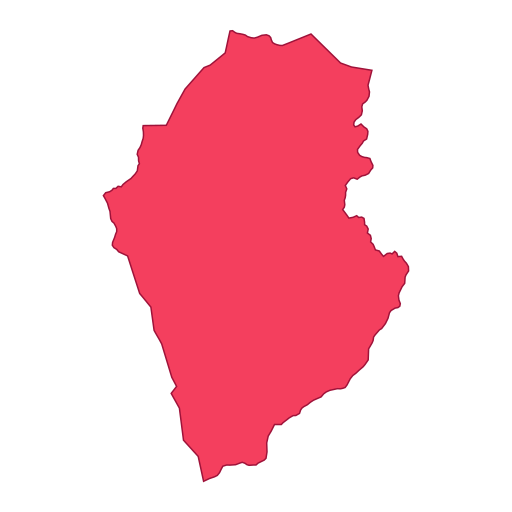 Alto Longá, Piauí, Brazil (Robinson projection)
{"feature_id": "56859067B34833436466805", "entity_name": "Alto Longá", "entity_type": "district", "adm_level": 2, "iso_a3": "BRA", "parent_name": "Brazil", "parent_adm1": "Piauí", "projection": "robinson", "projection_center": [-42.12, -5.395], "detail": "fine", "context": "isolated", "style": "filled", "palette": "rose", "viewbox_px": 512, "rotation_deg": 0, "n_neighbors": 0, "source": "geoboundaries", "source_scale": "gbopen_adm2", "svg_char_len": 3286}
<svg xmlns="http://www.w3.org/2000/svg" viewBox="0 0 512 512"><path d="M371.9,70.3L351.5,67.0L340.5,63.0L311.0,34.0L288.5,43.1L282.4,45.5L279.8,45.4L276.9,44.7L274.5,43.8L272.5,42.5L271.3,39.8L270.7,37.6L269.1,35.8L266.4,34.8L261.9,35.3L257.4,37.2L254.2,38.1L251.1,37.7L247.5,36.6L245.4,35.1L243.1,34.4L240.2,33.8L236.7,33.3L234.6,32.2L232.6,30.7L230.0,31.0L228.5,37.7L226.4,47.5L225.2,52.9L210.2,65.1L204.0,67.6L185.1,89.0L177.0,103.6L173.7,110.4L166.3,125.3L143.2,125.6L142.8,128.1L143.4,131.9L143.5,135.5L143.2,138.3L142.1,141.6L141.3,144.6L140.0,147.5L138.1,150.3L137.2,154.3L138.5,157.2L138.6,160.9L139.4,163.7L138.0,165.7L137.3,170.9L135.1,174.1L132.8,176.5L131.0,178.5L126.2,181.8L123.0,184.5L121.3,186.8L118.1,186.3L115.9,188.4L113.4,188.4L112.0,190.2L109.7,191.7L105.7,192.7L103.4,195.6L105.0,198.4L107.5,203.2L108.9,208.3L110.0,211.4L110.4,215.5L110.7,218.6L112.0,221.4L114.0,223.1L115.8,226.4L116.7,228.7L116.7,231.6L115.6,234.2L114.6,237.5L112.6,242.4L112.3,245.2L113.9,247.6L116.7,249.4L118.7,251.8L127.6,255.9L129.5,261.8L132.6,271.5L139.7,293.5L142.4,296.7L150.9,307.1L153.6,326.8L154.1,330.4L155.5,332.9L159.6,340.0L161.7,343.9L171.8,377.3L176.6,386.4L171.2,393.4L179.4,408.1L183.0,436.2L183.5,440.2L198.2,456.4L203.6,481.3L209.5,478.5L214.5,476.8L217.3,475.4L219.5,472.7L221.1,469.4L222.8,466.2L226.7,465.0L229.8,465.1L235.6,464.7L239.8,463.1L242.2,462.3L244.8,463.2L247.0,464.7L249.1,465.3L253.3,465.0L256.0,465.0L258.1,463.1L264.2,460.1L266.0,458.3L267.0,451.9L266.7,442.9L268.2,436.1L271.2,431.1L274.5,424.5L281.3,424.5L283.0,422.7L289.3,417.8L293.1,415.6L295.8,415.5L299.5,413.4L300.6,410.0L301.9,408.1L303.7,406.7L307.4,404.7L310.3,402.3L313.5,400.2L316.9,398.7L321.1,396.9L323.7,393.8L326.3,391.9L329.9,390.3L333.6,389.5L337.2,388.7L340.4,388.8L342.8,388.3L345.1,387.5L347.0,385.0L350.2,378.8L352.8,375.5L355.8,373.3L359.2,370.1L363.2,366.7L365.1,364.4L368.2,359.9L368.6,348.9L372.1,342.9L373.1,340.5L373.6,337.0L375.1,334.9L379.5,329.8L381.6,328.6L385.4,323.6L388.0,318.3L389.5,312.7L391.1,310.5L395.1,308.1L397.9,307.6L399.8,306.2L400.3,303.6L398.9,299.9L398.4,295.7L399.1,292.9L402.1,286.7L404.7,283.3L404.9,280.3L405.1,277.1L406.0,274.9L408.6,270.9L408.4,266.6L406.4,263.2L404.4,261.0L403.0,258.9L401.6,256.3L397.9,256.6L396.8,253.2L394.7,251.4L392.1,253.9L390.1,253.1L387.2,253.5L383.5,256.4L381.5,254.1L379.3,251.0L375.4,249.9L374.1,246.5L373.1,244.3L370.6,241.9L371.2,238.6L370.4,235.3L367.4,233.0L368.2,229.0L366.7,226.1L364.6,224.7L364.6,222.4L364.0,218.4L361.7,217.1L358.7,217.5L356.7,215.7L353.1,217.3L348.9,218.1L346.9,215.2L344.9,212.5L342.7,209.6L344.3,207.2L344.8,204.8L344.3,200.3L345.2,197.7L345.6,195.3L345.6,192.3L346.8,188.9L345.3,185.5L347.8,182.0L350.6,178.7L353.6,177.8L357.2,179.2L359.8,177.1L361.9,175.9L365.2,175.2L368.6,173.5L370.8,170.0L372.7,167.9L372.9,165.4L371.0,161.5L369.9,158.5L366.7,157.6L364.5,157.4L361.9,156.6L359.6,155.3L357.6,152.3L357.5,149.4L360.1,145.8L362.3,143.2L363.5,141.0L366.6,139.0L367.7,134.3L367.9,131.3L366.7,128.8L363.9,126.9L361.0,124.0L357.7,126.1L355.0,126.8L353.7,125.0L354.0,122.2L355.7,119.7L359.2,117.0L361.4,114.8L362.3,110.8L361.8,106.8L362.6,103.9L365.1,102.1L366.9,100.3L369.0,96.3L369.5,91.9L368.8,89.4L368.0,85.2L368.9,81.9L371.9,70.3Z" fill="#f43f5e" stroke="#9f1239" stroke-width="1.5"/></svg>